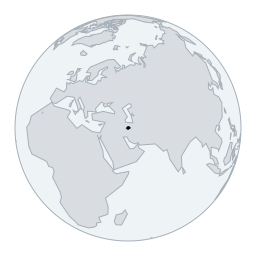 the Earth from above Qom
{"feature_id": "IRN-3232", "entity_name": "Qom", "entity_type": "Province", "adm_level": 1, "iso_a3": "IRN", "parent_name": "Iran", "parent_adm1": "", "projection": "orthographic", "projection_center": [50.771, 34.662], "detail": "fine", "context": "on_globe", "style": "filled", "palette": "ink", "viewbox_px": 256, "rotation_deg": 0, "n_neighbors": 0, "source": "natural_earth", "source_scale": "10m", "svg_char_len": 10486}
<svg xmlns="http://www.w3.org/2000/svg" viewBox="0 0 256 256"><circle cx="128" cy="128" r="113" fill="#eef3f6" stroke="#a8b0b8"/><path d="M130.2,15.4L133.0,15.6L144.8,17.4L150.1,18.1L147.7,18.1L158.7,19.9L166.1,22.3L156.8,19.6L155.1,19.4L159.7,20.8L158.9,21.0L160.7,21.9L159.4,22.0L154.0,20.8L153.1,20.9L156.4,22.0L157.1,23.0L152.5,21.4L153.3,23.1L144.5,22.0L133.1,18.7L127.3,19.3L112.9,19.4L113.3,19.9L108.0,20.8L106.5,21.8L104.3,21.8L104.9,22.7L107.2,22.5L108.3,22.9L107.6,23.6L104.7,23.7L104.6,23.3L103.3,23.7L102.2,23.5L102.4,24.0L98.9,24.1L101.2,25.1L97.5,26.1L95.5,25.9L97.2,24.5L96.6,21.5L95.1,21.4L91.2,22.4L81.0,27.0L78.7,27.7L74.5,29.6L75.1,29.7L78.5,28.3L78.6,29.3L82.8,27.7L83.5,28.0L87.3,27.3L85.1,29.0L81.0,31.3L77.7,32.1L75.8,33.2L77.6,33.9L70.3,37.3L63.4,42.8L61.7,43.7L60.7,42.2L63.9,38.1L62.5,37.3L61.8,39.6L57.5,42.2L56.2,43.5L55.4,44.6L56.4,44.4L54.6,45.8L54.7,43.7L56.3,42.4L56.3,43.0L57.8,41.2L57.8,40.3L55.6,42.0L57.5,40.2L64.5,35.0L71.9,30.3L79.6,26.3L87.6,22.9L95.8,20.1L104.3,17.9L112.8,16.4L121.5,15.5L130.2,15.4ZM16.1,140.6L16.1,141.3L16.2,141.8L16.1,140.6ZM154.0,18.8L151.5,18.2L154.2,18.8L154.0,18.8ZM161.2,22.0L162.1,22.2L162.6,22.6L161.2,22.0ZM88.2,26.4L87.7,26.8L87.3,26.7L88.2,26.4ZM90.3,25.8L90.1,25.4L91.0,25.0L90.3,25.8ZM161.1,23.3L161.6,24.0L160.2,23.0L161.1,23.3ZM90.3,26.4L92.7,24.4L94.4,23.8L96.2,24.4L90.3,26.4ZM161.3,24.3L162.7,26.4L164.9,26.9L159.3,27.0L160.0,25.0L157.9,23.6L160.1,24.4L161.3,24.3ZM108.3,22.2L105.8,22.4L108.5,21.6L108.3,22.2ZM109.8,21.6L116.7,19.2L120.0,19.5L117.1,20.1L121.9,20.1L120.2,21.4L117.1,21.7L115.3,21.2L116.0,22.1L109.8,21.6ZM156.0,26.8L155.6,27.3L155.0,26.6L156.0,26.8ZM109.0,23.1L110.0,22.5L113.0,22.6L111.4,23.8L110.9,23.4L109.0,23.1ZM124.1,19.6L126.0,20.0L125.1,21.2L125.7,21.5L120.4,21.5L124.1,19.6ZM109.9,23.7L110.5,24.5L108.4,25.1L108.1,23.7L109.9,23.7ZM114.5,22.1L115.8,22.3L114.6,22.6L114.5,22.1ZM101.4,28.1L102.7,27.2L104.4,27.1L101.4,28.1ZM110.8,24.8L111.5,24.5L112.3,24.5L112.2,25.1L110.8,24.8ZM120.1,22.3L119.4,22.8L122.3,22.4L121.7,23.4L118.3,23.2L119.5,23.7L119.3,24.0L116.7,23.6L120.1,22.3ZM114.6,25.7L110.0,26.1L107.3,27.7L105.8,27.7L110.3,25.2L114.6,25.7ZM116.1,24.4L114.8,25.2L113.5,24.8L113.6,24.0L116.1,24.4ZM122.6,24.1L124.3,22.7L125.0,22.8L122.6,24.1ZM114.0,26.2L115.1,26.1L114.0,26.3L114.0,26.2ZM120.2,24.8L120.7,24.2L121.5,24.4L120.2,24.8ZM116.9,26.5L115.5,26.5L115.5,26.0L116.9,26.5ZM118.6,25.8L119.6,26.1L116.4,25.7L118.8,25.5L118.6,25.8ZM120.9,25.0L121.5,24.9L120.5,25.2L120.9,25.0ZM117.7,28.6L113.7,28.3L113.7,27.1L117.6,27.5L117.7,28.6ZM28.8,146.3L26.7,127.3L29.5,123.1L31.3,116.0L51.6,102.4L54.5,106.2L68.9,110.1L70.5,111.8L67.3,117.0L76.9,128.4L81.8,124.7L92.0,131.5L99.8,132.9L105.2,122.4L92.5,119.9L91.8,114.1L103.2,111.4L114.5,113.9L114.6,111.7L108.7,106.0L112.6,102.5L106.8,103.7L108.2,106.1L104.6,107.0L103.1,104.9L104.5,103.7L101.5,102.1L95.5,108.7L96.2,112.0L87.5,111.2L87.9,116.7L85.1,118.4L83.3,109.9L84.4,107.2L80.0,97.1L78.0,99.7L82.0,109.6L80.2,108.4L77.5,112.5L78.1,108.4L74.2,97.3L67.2,96.2L55.9,103.6L52.3,102.5L50.2,98.3L56.6,88.1L64.0,91.9L66.4,88.7L66.8,82.5L69.0,84.3L70.1,82.3L73.1,83.6L79.3,80.6L82.6,81.5L86.9,76.0L89.2,75.8L86.0,79.0L85.6,81.9L94.1,84.6L96.3,83.8L98.4,80.1L100.5,81.4L101.4,77.6L107.2,77.5L100.9,74.5L103.2,70.5L107.7,68.3L107.3,66.6L100.0,70.3L98.1,72.3L98.2,74.8L92.1,80.4L88.7,80.5L90.9,73.0L86.4,72.5L90.1,67.2L107.6,59.9L114.0,59.4L120.7,66.6L118.2,68.8L114.5,67.2L116.2,72.3L116.9,70.1L118.6,71.4L121.2,68.3L122.6,69.1L122.8,65.0L124.7,65.6L124.6,68.2L130.1,64.7L134.6,65.3L135.2,64.2L134.6,62.8L140.8,64.8L141.0,63.9L139.0,62.8L138.0,60.4L138.8,57.0L140.9,57.9L140.9,59.2L144.1,63.6L143.9,67.3L144.8,67.3L145.5,64.3L141.6,59.0L141.5,56.8L143.7,59.0L142.9,58.0L143.5,57.2L146.0,57.3L143.7,54.8L147.3,45.6L152.6,45.2L154.2,48.0L158.9,43.5L164.6,44.0L162.7,42.9L163.8,40.5L162.0,40.2L161.2,39.6L163.1,33.9L165.1,33.5L163.9,30.5L162.9,30.0L161.3,30.1L159.3,27.0L164.9,26.9L166.8,27.9L169.0,27.4L172.9,29.9L177.2,32.0L180.1,35.4L183.3,37.0L183.8,36.7L188.4,38.8L196.1,44.9L187.6,41.3L175.5,33.9L180.3,36.9L178.5,36.7L179.8,38.2L183.2,40.5L184.0,40.4L185.9,47.7L192.7,56.0L193.9,53.4L197.0,54.3L205.7,63.0L212.3,80.0L216.5,82.6L218.3,85.4L218.1,88.7L215.4,84.7L213.2,84.8L211.7,82.2L210.5,86.6L208.4,83.1L208.5,88.6L211.0,90.6L212.8,87.7L213.9,94.3L218.7,96.9L221.8,102.6L222.2,117.0L218.8,124.0L219.2,126.1L216.5,125.5L215.0,131.2L221.5,139.0L222.0,142.1L218.5,151.0L218.1,148.9L211.1,147.1L211.2,155.1L216.6,158.2L218.5,164.0L215.0,164.1L212.9,159.1L210.4,158.3L210.0,151.6L206.0,143.3L202.4,147.1L201.7,143.1L195.7,137.0L189.9,142.1L181.4,156.2L181.9,166.4L178.2,171.8L169.9,159.3L167.1,149.6L163.5,151.3L155.4,143.9L139.7,145.1L138.0,142.5L134.9,143.9L129.3,141.3L126.9,136.9L123.2,137.1L129.8,148.8L133.8,148.5L137.8,143.9L138.9,148.0L144.4,151.4L136.4,161.6L114.1,169.7L112.8,162.0L100.4,138.7L101.2,136.3L101.2,136.0L101.1,135.5L99.1,139.3L97.2,134.6L102.9,151.0L103.5,157.5L113.7,170.2L112.5,171.3L116.1,173.8L128.7,171.4L128.5,173.9L122.1,185.0L105.5,198.1L108.2,207.2L107.9,214.2L98.8,217.3L100.9,222.3L96.3,223.0L96.8,225.5L93.9,227.2L88.5,227.9L78.1,224.8L76.4,222.6L69.7,216.6L59.9,202.2L61.5,197.3L60.1,192.0L52.7,177.4L54.2,171.3L52.5,167.5L48.7,166.4L46.9,161.8L44.7,160.4L32.0,154.1L28.8,146.3ZM43.0,111.8L42.1,113.8L43.0,111.8ZM125.6,122.2L132.9,122.9L131.2,115.8L133.9,115.5L132.3,113.3L131.0,115.3L127.4,109.2L131.1,107.3L131.1,104.2L128.6,103.8L122.3,108.4L127.4,117.0L125.1,119.8L125.6,122.2ZM57.5,42.3L57.5,42.5L56.4,43.8L56.3,43.5L57.5,42.3ZM55.8,47.9L52.9,50.1L54.9,48.3L54.1,48.2L57.1,44.4L61.0,44.0L58.7,44.7L55.8,47.9ZM62.3,39.7L59.9,41.9L62.4,39.5L62.3,39.7ZM73.2,71.2L73.6,73.1L71.5,74.9L67.3,74.5L70.2,71.8L73.2,71.2ZM74.6,75.4L77.9,68.4L80.7,68.6L78.6,69.6L80.1,70.4L77.1,72.3L76.5,79.7L74.6,81.8L67.8,79.5L71.0,78.9L70.5,77.0L74.6,75.4ZM81.6,52.7L83.1,50.4L87.1,53.8L85.3,55.6L80.9,55.1L80.6,52.7L81.6,52.7ZM93.0,28.0L93.3,27.4L94.2,27.3L94.6,27.8L93.0,28.0ZM101.9,27.7L92.6,30.8L92.4,30.2L87.1,33.1L84.7,32.7L88.3,30.8L82.4,32.8L84.7,30.9L80.7,32.6L88.8,28.3L90.6,26.9L89.5,28.6L91.7,28.9L93.2,28.6L98.6,27.0L103.4,24.4L106.4,24.6L107.1,25.4L106.4,26.0L104.7,25.7L105.0,26.8L102.0,26.8L101.9,27.7ZM114.5,38.7L112.8,37.3L112.8,40.8L109.9,40.3L110.0,40.7L107.3,41.3L104.3,42.8L103.2,42.3L102.5,43.2L100.6,43.7L99.3,44.7L96.8,44.2L95.0,45.5L94.9,44.6L92.4,46.9L93.1,45.0L90.9,45.6L91.4,47.2L81.2,43.5L76.4,43.8L72.0,45.4L73.8,42.2L79.1,38.9L85.8,36.3L90.1,36.5L90.2,35.2L92.3,35.0L91.4,36.1L94.0,34.3L95.5,34.5L101.4,33.0L104.3,30.5L106.6,30.1L106.2,31.1L108.7,29.9L109.4,31.7L111.1,31.4L113.4,33.1L111.7,35.5L113.7,35.0L115.6,36.4L114.5,38.7ZM118.3,29.1L116.9,31.8L114.7,33.0L111.5,29.7L109.9,29.7L107.8,27.9L111.2,26.4L111.4,27.0L112.5,27.3L111.0,27.6L113.0,27.5L113.5,28.4L115.2,28.7L114.3,29.4L118.3,29.1ZM73.2,110.4L74.6,111.2L76.9,111.8L75.3,114.5L73.2,110.4ZM70.4,102.9L71.8,103.0L70.6,106.9L69.2,106.2L70.4,102.9ZM73.6,100.0L72.0,102.7L72.0,100.8L73.6,100.0ZM87.4,79.0L89.0,79.1L88.8,80.0L87.4,81.1L87.4,79.0ZM113.8,50.0L113.2,48.8L113.9,48.5L114.9,45.6L117.2,45.9L117.5,47.8L113.8,50.0ZM102.5,124.0L99.7,125.7L98.7,124.4L99.9,124.1L102.5,124.0ZM86.4,120.3L89.6,122.6L85.9,121.0L86.4,120.3ZM116.4,49.8L116.5,48.6L117.6,49.5L116.4,49.8ZM118.9,46.1L120.3,46.9L117.6,45.7L118.9,46.1ZM151.2,237.8L152.3,237.7L150.4,238.1L151.2,237.8ZM127.4,214.1L121.5,225.0L116.0,224.8L114.3,221.7L116.1,215.0L122.2,213.3L125.0,210.0L127.4,214.1ZM231.1,166.8L232.3,165.6L232.1,166.1L231.1,166.8ZM230.0,167.1L231.5,165.4L229.6,168.3L230.0,167.1ZM232.0,164.7L233.5,162.0L234.1,160.5L233.9,161.5L232.0,164.7ZM228.9,168.3L222.1,174.6L219.2,175.9L220.1,173.8L224.9,170.3L228.9,168.3ZM219.8,174.0L215.0,173.1L206.6,164.6L209.7,163.3L218.0,166.3L217.6,168.0L220.5,169.3L219.8,174.0ZM230.7,156.7L230.1,161.1L226.6,164.3L224.9,165.3L223.7,161.1L224.4,157.8L225.9,156.6L230.4,142.3L232.3,142.7L231.2,148.2L232.6,150.3L230.7,156.7ZM182.4,167.2L185.4,172.2L183.3,173.8L182.4,167.2ZM231.3,133.7L230.1,139.9L230.9,132.5L231.3,133.7ZM231.2,127.4L231.8,129.3L230.6,128.2L231.2,127.4ZM220.0,129.1L218.5,130.9L218.0,129.4L219.6,126.3L220.0,129.1ZM224.1,107.5L225.8,111.9L226.1,113.7L224.6,111.7L224.1,107.5ZM136.0,52.6L132.1,56.0L130.8,59.0L132.4,61.6L128.4,59.7L130.5,54.9L136.0,52.6ZM145.7,46.3L144.3,44.4L146.0,44.4L146.5,44.8L145.7,46.3ZM144.1,45.7L140.3,44.8L140.2,43.3L143.2,44.2L144.1,45.7ZM128.2,46.9L126.9,47.9L126.1,47.0L128.2,46.9ZM214.8,199.8L217.8,195.3L218.3,194.7L220.7,190.3L227.7,179.8L233.4,166.9L234.8,163.9L237.3,155.1L237.4,154.7L235.1,162.8L232.2,170.8L228.7,178.5L224.6,186.0L219.9,193.1L214.8,199.8ZM233.8,163.2L235.7,157.8L236.4,156.3L233.8,163.2ZM240.0,140.4L239.3,143.3L239.2,142.3L239.7,139.5L238.8,140.9L239.8,136.8L240.0,139.4L240.4,134.5L240.5,133.2L240.0,140.4ZM239.2,145.3L239.4,144.7L239.1,146.4L239.2,145.3ZM237.2,148.3L237.1,149.5L236.7,149.5L237.2,148.3ZM237.8,146.6L238.7,145.3L237.6,147.7L237.8,146.6ZM233.4,150.1L233.9,152.0L235.5,148.2L234.3,152.2L235.0,154.9L234.5,156.9L233.9,153.9L233.1,159.1L232.4,160.0L232.3,156.5L233.2,150.7L233.9,147.7L236.5,142.9L233.4,150.1ZM237.9,143.5L237.6,141.2L237.7,138.7L238.1,139.6L237.9,143.5ZM236.1,135.9L234.6,134.1L233.8,136.9L235.0,129.0L236.3,132.0L236.1,135.9ZM234.1,129.7L233.4,132.3L233.8,128.0L234.1,129.7ZM232.9,131.5L232.3,129.2L233.2,128.4L232.9,131.5ZM234.6,129.0L233.9,124.6L234.8,126.5L234.6,129.0ZM230.6,124.2L233.3,125.9L230.7,127.2L228.3,119.4L229.3,117.9L230.6,124.2ZM221.9,85.2L220.4,83.4L220.7,81.7L221.6,83.4L221.9,85.2ZM220.1,75.1L220.3,80.6L220.1,85.4L221.2,85.5L223.0,89.9L220.3,87.7L218.9,81.7L219.3,78.8L217.4,75.4L216.5,71.9L213.6,68.5L212.5,66.3L215.3,68.5L220.1,75.1ZM212.3,67.2L206.9,60.9L208.2,59.6L209.7,60.6L211.6,64.0L210.8,64.5L212.3,67.2ZM206.0,59.1L205.1,59.6L195.3,53.1L193.6,51.5L201.8,55.3L201.4,56.0L203.5,58.0L206.0,59.1ZM156.8,27.6L155.7,27.3L156.6,27.2L156.8,27.6ZM160.2,39.5L159.3,38.6L160.5,38.4L160.2,39.5ZM157.4,36.1L156.7,36.9L156.6,35.6L157.4,36.1ZM155.3,39.0L156.0,37.1L156.6,39.5L155.3,39.0Z" fill="#d9dde1" stroke="#a8b0b8" stroke-width="1"/><path d="M129.6,128.2L129.1,128.4L128.6,128.4L128.5,128.5L128.4,128.5L128.3,129.0L128.1,129.0L127.9,128.9L127.5,128.9L127.4,128.8L127.3,128.7L127.2,128.6L127.3,128.5L127.2,128.4L126.9,128.3L126.8,128.2L127.0,128.0L127.0,127.9L127.1,127.7L127.4,127.7L127.5,127.6L127.8,127.5L127.9,127.4L127.9,127.1L128.0,127.0L128.0,126.9L128.5,126.9L128.9,127.0L129.8,127.6L129.8,127.8L129.8,128.0L129.7,128.2L129.6,128.2Z" fill="#0f172a" stroke="#020617" stroke-width="1.5"/></svg>